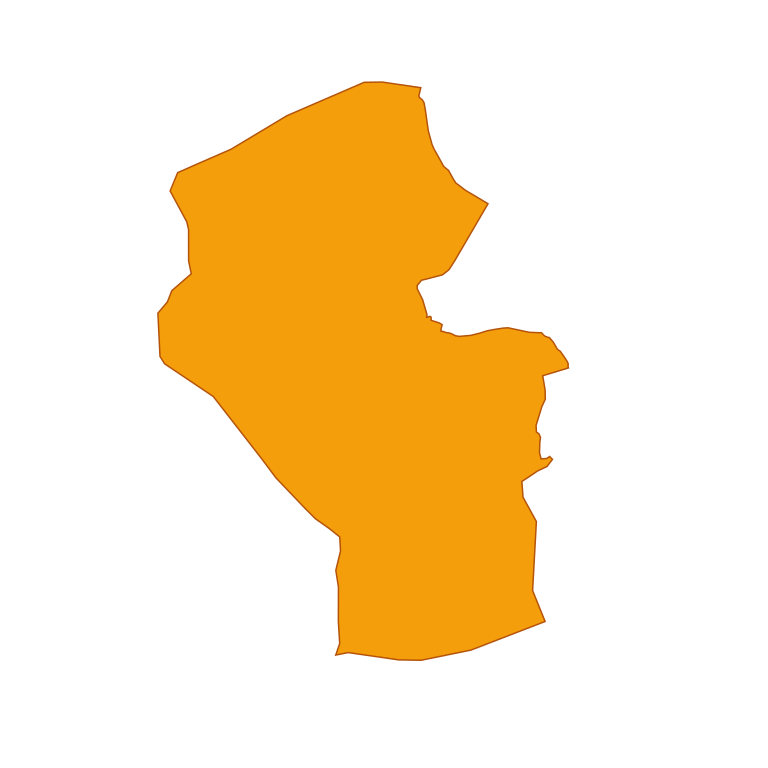 Enugu North, Enugu, Nigeria (Natural Earth projection), rotated 240°
{"feature_id": "59680162B72641942292242", "entity_name": "Enugu North", "entity_type": "district", "adm_level": 2, "iso_a3": "NGA", "parent_name": "Nigeria", "parent_adm1": "Enugu", "projection": "natural_earth1", "projection_center": [7.486, 6.446], "detail": "fine", "context": "isolated", "style": "filled", "palette": "amber", "viewbox_px": 768, "rotation_deg": 240, "n_neighbors": 0, "source": "geoboundaries", "source_scale": "gbopen_adm2", "svg_char_len": 1574}
<svg xmlns="http://www.w3.org/2000/svg" viewBox="0 0 768 768"><g transform="rotate(240 384 384)"><path d="M667.8,333.4L670.2,311.0L658.1,295.3L623.1,294.3L615.5,292.0L588.2,276.3L575.8,272.2L570.9,246.9L563.4,237.5L558.4,223.6L519.9,203.8L511.2,204.1L458.5,229.9L380.3,240.7L356.7,243.5L315.5,253.5L301.4,257.3L286.0,264.4L273.7,269.2L261.2,262.9L246.7,249.1L230.9,243.0L201.1,225.7L181.3,215.8L173.4,206.7L169.3,218.7L137.8,258.7L126.2,278.0L110.1,326.2L97.8,404.8L130.8,409.4L188.7,447.2L216.5,447.8L230.7,454.7L231.2,464.1L231.9,473.2L231.1,484.1L234.5,492.2L238.4,491.2L238.1,487.8L240.6,482.6L246.7,484.3L251.4,487.2L255.9,490.0L259.4,492.8L263.3,493.3L266.2,492.0L272.1,495.0L285.4,509.3L290.2,516.1L298.2,520.5L311.8,525.6L305.7,551.8L307.2,552.2L309.6,553.7L312.3,553.9L318.1,553.6L324.3,553.0L327.1,551.6L335.7,551.5L341.6,550.4L342.2,549.5L345.2,547.1L349.7,546.0L351.1,543.6L356.1,535.7L370.6,519.6L372.8,515.2L375.7,507.8L378.5,499.9L380.2,492.2L382.7,483.5L387.6,473.0L390.0,470.1L394.3,467.2L395.7,465.9L397.5,463.5L400.0,461.4L401.0,459.8L403.3,461.0L405.0,462.8L406.3,464.0L409.1,462.5L415.5,456.7L418.4,458.2L419.6,457.6L420.4,454.3L422.8,456.0L437.7,459.6L449.9,460.4L452.8,462.1L455.1,468.4L453.4,474.2L449.3,489.3L450.5,497.5L455.6,507.3L488.1,564.2L511.0,551.4L522.2,546.7L526.2,546.5L536.6,546.7L542.5,544.5L552.5,544.7L562.2,544.8L567.6,545.4L581.2,549.0L600.6,556.8L607.5,559.3L610.6,559.3L614.6,557.9L616.3,558.4L622.2,564.0L646.4,533.4L655.2,517.6L664.9,434.2L663.8,368.9L667.8,333.4Z" fill="#f59e0b" stroke="#b45309" stroke-width="1.5"/></g></svg>